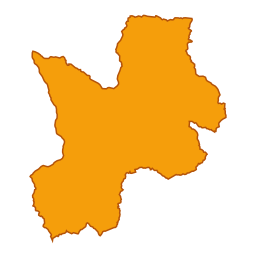 Monghsat, Shan, Myanmar
{"feature_id": "60261553B30377978208155", "entity_name": "Monghsat", "entity_type": "district", "adm_level": 2, "iso_a3": "MMR", "parent_name": "Myanmar", "parent_adm1": "Shan", "projection": "albers", "projection_center": [98.999, 20.355], "detail": "fine", "context": "isolated", "style": "filled", "palette": "amber", "viewbox_px": 256, "rotation_deg": 0, "n_neighbors": 0, "source": "geoboundaries", "source_scale": "gbopen_adm2", "svg_char_len": 5736}
<svg xmlns="http://www.w3.org/2000/svg" viewBox="0 0 256 256"><path d="M52.5,240.6L52.7,239.2L52.4,238.3L53.0,238.3L56.4,236.1L57.2,235.9L58.0,236.5L58.8,235.7L58.8,234.9L59.8,234.3L61.2,234.6L62.2,233.7L64.8,233.2L66.2,232.0L66.5,230.8L67.1,231.5L71.7,233.7L73.5,232.7L77.6,233.8L78.3,233.7L79.3,231.5L80.7,229.6L81.7,229.6L85.7,226.6L86.5,223.4L87.5,222.9L88.7,223.7L90.5,226.2L92.8,227.0L93.7,228.3L95.0,228.8L98.0,232.0L98.6,233.9L99.5,235.4L100.3,235.7L101.5,234.2L102.8,231.7L104.2,231.1L105.2,231.2L113.9,227.6L115.5,227.4L116.6,226.3L116.8,225.0L117.4,224.4L117.3,223.6L117.8,222.8L117.2,222.3L117.8,221.8L119.2,219.3L119.0,218.0L119.7,216.3L120.0,214.1L119.6,213.1L120.0,210.5L119.5,209.8L119.5,208.7L118.8,208.1L118.0,208.1L117.8,206.8L118.7,206.4L118.0,204.2L118.1,203.6L120.6,202.7L121.0,201.8L120.7,200.6L121.3,199.4L120.8,198.1L120.5,196.3L119.3,194.6L120.7,191.4L122.1,190.8L123.1,189.8L121.9,188.8L121.4,187.8L121.2,187.0L121.7,186.0L121.3,184.0L122.2,182.1L123.1,181.2L123.7,179.1L125.3,178.3L125.7,176.1L125.2,175.0L126.1,173.3L127.0,172.6L128.8,173.3L129.9,171.7L130.5,173.2L131.7,173.3L135.7,172.1L134.9,169.5L137.5,169.0L139.6,167.5L141.9,167.3L143.2,168.1L144.2,167.9L145.1,168.2L147.3,167.5L149.0,167.4L150.4,168.8L150.4,169.7L151.0,169.7L152.2,168.3L154.4,170.4L156.9,170.4L157.9,172.3L160.7,173.8L162.6,175.8L164.0,176.2L166.1,178.1L166.8,178.0L168.2,179.1L176.2,174.5L176.9,174.9L179.4,174.8L179.9,175.2L181.6,174.9L182.9,173.9L184.8,174.5L185.9,174.2L186.7,173.8L187.1,173.1L189.0,172.9L191.9,171.3L193.4,171.2L195.8,169.9L196.3,169.4L195.9,167.2L197.7,165.4L198.5,163.5L199.6,163.6L199.8,164.0L200.7,163.2L202.3,162.6L203.3,160.2L204.1,160.2L205.0,159.2L205.4,158.2L205.2,157.4L205.5,156.6L206.5,154.6L207.1,154.3L207.0,154.0L205.4,152.2L203.6,152.1L203.2,150.8L201.6,149.5L200.1,149.3L199.8,146.6L199.0,145.3L199.5,144.8L198.6,141.2L197.3,139.0L197.4,136.6L197.8,135.1L197.5,133.6L196.9,132.3L195.0,130.1L193.4,129.1L192.1,129.1L190.6,127.2L189.1,126.6L189.5,122.5L189.3,121.4L192.1,121.4L194.6,123.2L195.4,122.8L196.2,123.1L198.4,126.2L199.2,126.8L200.8,126.7L201.7,127.6L202.4,127.8L205.7,127.4L206.6,128.6L208.0,128.8L209.9,129.8L211.3,129.6L211.8,130.3L214.7,132.1L214.9,131.1L215.9,131.3L216.2,128.5L217.1,127.6L219.2,126.7L218.7,123.8L219.1,122.7L221.2,120.3L223.2,118.9L225.9,117.5L225.9,115.3L225.2,113.4L225.3,111.8L225.0,110.1L224.1,109.1L224.2,108.8L225.1,108.6L224.6,107.6L224.9,103.7L223.4,103.1L221.6,104.1L220.1,103.2L218.4,103.4L217.9,102.3L218.4,100.0L218.2,98.9L218.5,97.1L220.0,94.9L217.9,89.4L216.6,87.6L215.3,86.2L211.9,84.3L211.0,83.0L207.3,81.0L206.3,79.9L205.5,77.3L203.1,76.2L199.1,76.4L196.5,74.6L195.8,73.8L195.4,69.2L194.7,68.5L194.2,67.3L194.7,66.2L194.6,64.2L193.7,63.7L192.6,62.5L191.1,61.7L191.4,60.8L190.3,59.2L190.4,57.1L189.8,56.1L187.7,54.7L187.1,53.7L186.7,52.1L185.9,51.2L186.0,50.4L187.5,49.3L187.8,48.5L187.3,44.0L188.5,42.3L191.6,42.0L192.1,41.5L192.0,41.1L191.2,40.8L190.6,40.1L188.5,39.6L188.5,38.8L189.2,37.3L188.9,36.5L189.2,35.3L189.6,34.4L190.0,34.2L189.9,33.4L190.3,32.2L191.4,31.0L191.3,30.6L188.5,28.6L188.4,28.1L189.4,27.4L189.8,26.0L189.6,25.3L190.5,22.8L191.8,20.9L192.2,19.7L191.9,18.5L185.5,17.8L183.6,17.9L182.4,18.6L180.9,17.9L179.6,18.3L178.2,17.9L175.0,17.8L174.1,18.6L173.6,19.6L172.3,19.9L170.3,19.6L167.3,21.0L166.5,20.0L165.3,19.6L163.5,19.1L162.6,19.7L161.7,19.4L160.5,17.9L156.4,15.8L155.8,15.8L155.7,16.5L154.9,17.1L147.4,16.3L144.9,15.5L143.4,15.4L141.6,17.0L140.0,16.3L138.2,16.0L137.6,16.5L134.9,17.2L134.2,16.6L132.0,15.8L130.2,16.0L130.0,17.3L128.1,18.2L128.0,20.2L128.2,21.1L127.5,21.1L126.8,21.5L125.9,23.1L126.0,23.7L126.9,25.3L126.8,26.1L125.7,27.7L124.7,28.0L124.4,29.2L123.4,29.6L121.7,31.4L122.9,34.5L122.7,35.9L120.5,40.5L119.6,41.3L117.5,43.8L117.3,45.5L116.3,48.6L115.8,49.3L116.2,50.7L116.0,51.9L116.3,52.4L116.7,52.9L117.7,53.1L118.0,54.0L119.7,55.9L119.6,60.6L119.9,61.1L121.2,62.0L121.9,64.2L121.6,64.6L122.1,66.1L120.8,67.7L120.1,70.3L117.8,75.8L117.3,79.0L118.5,82.1L118.6,84.0L117.2,85.9L113.8,88.6L109.1,87.5L107.9,87.7L106.4,88.8L102.3,88.6L99.8,84.6L98.2,83.3L90.6,79.4L89.8,78.4L90.0,76.6L89.8,76.1L89.0,75.5L87.3,75.4L83.5,72.0L82.1,71.9L80.8,71.2L80.5,69.6L78.7,69.7L77.0,68.3L75.4,67.8L71.1,64.2L68.9,64.0L68.8,65.2L67.7,65.3L67.0,64.7L67.0,64.1L66.4,63.6L65.8,62.2L66.0,60.4L65.4,60.2L64.5,57.7L63.1,56.5L61.7,56.9L59.7,58.0L55.7,56.9L53.9,57.3L51.0,56.7L50.3,56.9L49.1,58.2L48.4,58.5L44.4,58.4L42.8,57.3L42.1,56.3L41.3,56.1L40.3,54.8L39.2,54.2L38.8,53.6L35.1,51.8L32.9,51.2L32.3,52.8L32.2,56.5L32.4,57.8L34.1,60.5L34.2,62.4L34.6,63.5L36.8,65.1L38.7,67.6L39.3,69.8L39.3,71.8L39.7,72.9L42.3,76.5L44.2,80.8L45.8,82.9L46.7,83.4L47.5,84.9L49.0,90.7L48.5,92.1L48.6,92.9L49.5,94.3L50.0,96.2L51.0,97.9L51.0,99.8L53.9,104.6L55.9,106.5L56.5,109.1L56.5,112.4L57.2,114.5L57.1,117.5L56.9,118.5L55.6,120.4L54.9,125.0L55.1,126.7L55.9,128.2L56.5,133.0L57.1,134.0L61.2,136.5L62.1,137.9L63.8,139.6L64.5,141.2L64.4,143.0L63.1,146.3L63.2,147.6L62.7,149.6L62.6,152.2L63.6,155.7L62.4,158.4L60.6,159.7L57.2,160.7L55.7,161.6L54.2,162.6L53.1,164.3L50.1,166.0L48.2,166.7L47.0,166.6L43.2,165.5L41.2,166.5L38.6,169.1L35.2,171.1L33.1,173.3L32.7,174.2L30.7,175.5L30.1,176.6L32.0,178.4L32.4,180.9L34.5,184.2L34.7,186.5L35.8,188.0L35.8,189.1L34.7,189.7L34.2,192.5L32.6,195.4L32.7,197.3L33.5,198.3L33.7,199.7L33.4,200.6L34.0,201.3L33.7,201.8L34.1,202.6L33.6,204.9L33.0,205.6L33.1,206.1L34.1,206.1L35.5,207.7L35.5,210.1L36.0,210.4L36.1,210.8L37.6,210.8L39.4,212.2L39.2,213.3L38.7,213.9L38.7,215.2L40.5,216.4L41.3,216.1L41.6,216.6L42.4,216.7L43.2,218.3L44.2,218.9L44.6,223.2L43.3,225.1L43.2,226.5L44.6,227.6L45.8,227.7L48.0,229.4L48.7,230.9L51.3,234.5L51.3,235.3L50.6,236.3L52.5,240.6Z" fill="#f59e0b" stroke="#b45309" stroke-width="1.5"/></svg>